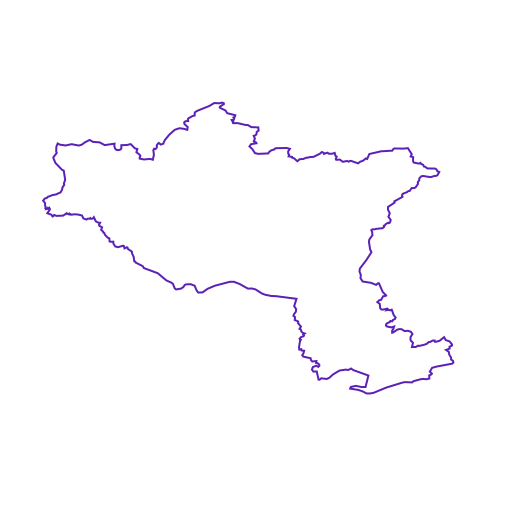 the district of Amparafaravola, Alaotra-Mangoro, Madagascar, rotated 78°
{"feature_id": "10022922B80147144228565", "entity_name": "Amparafaravola", "entity_type": "district", "adm_level": 2, "iso_a3": "MDG", "parent_name": "Madagascar", "parent_adm1": "Alaotra-Mangoro", "projection": "equal_earth", "projection_center": [48.36, -17.461], "detail": "fine", "context": "isolated", "style": "outline", "palette": "violet", "viewbox_px": 512, "rotation_deg": 78, "n_neighbors": 0, "source": "geoboundaries", "source_scale": "gbopen_adm2", "svg_char_len": 6103}
<svg xmlns="http://www.w3.org/2000/svg" viewBox="0 0 512 512"><g transform="rotate(78 256 256)"><path d="M374.5,88.9L377.1,94.1L377.3,97.9L377.0,98.9L375.8,98.8L375.4,100.7L376.3,103.7L376.1,105.0L377.4,107.1L377.8,110.0L377.9,115.0L377.4,116.1L378.2,118.6L377.5,122.4L373.5,120.5L370.8,122.2L369.5,122.2L367.3,121.6L364.9,119.2L362.4,120.2L360.7,123.0L360.4,126.2L357.9,128.8L357.3,130.8L357.4,133.2L359.4,138.0L359.3,138.8L357.4,138.4L356.0,136.9L353.7,135.6L354.0,138.4L352.1,142.7L351.1,143.3L350.0,143.0L349.0,141.7L348.4,138.8L347.5,138.1L348.2,136.4L347.0,135.2L346.5,133.2L345.3,132.2L342.4,133.6L336.7,134.4L337.1,136.0L336.3,137.4L336.2,139.1L335.5,138.0L334.8,138.4L334.8,143.5L334.2,144.6L332.8,145.4L328.6,144.9L326.3,146.9L324.9,144.6L325.0,142.9L321.8,140.0L322.0,137.3L321.6,136.9L317.6,139.5L308.3,141.4L308.0,142.2L309.2,144.5L306.1,149.2L303.1,157.0L299.4,158.4L296.3,157.4L292.7,158.0L289.9,157.0L283.0,149.0L276.3,142.3L273.3,143.0L265.7,142.6L263.4,141.7L259.9,137.8L256.9,137.4L254.6,137.8L254.1,136.5L254.6,134.8L254.4,133.3L255.1,126.4L254.2,124.7L253.0,124.6L253.1,123.9L251.9,122.7L250.9,119.8L251.5,119.3L251.3,118.3L249.5,117.0L248.5,116.8L245.1,118.3L242.1,116.3L237.9,117.3L235.4,116.6L232.6,109.4L231.3,109.3L228.6,100.4L226.9,100.6L225.7,99.6L224.9,94.9L224.2,93.6L224.3,92.1L221.9,89.6L222.5,87.0L222.0,85.6L219.1,82.5L217.4,82.4L215.9,80.6L214.0,80.1L212.4,77.7L212.4,76.1L215.2,68.8L214.8,64.7L215.1,63.0L214.6,61.6L211.9,59.3L210.8,60.9L208.8,61.5L207.7,62.7L206.0,70.1L203.8,72.1L203.4,73.1L201.5,73.6L200.1,75.5L199.1,75.8L199.5,77.5L197.3,82.4L195.2,82.6L192.0,81.7L190.8,84.0L188.8,82.5L182.1,85.0L181.6,89.6L179.6,98.2L179.9,99.4L181.3,100.8L179.6,111.9L179.8,123.9L184.2,127.1L183.4,128.2L185.0,131.4L185.5,134.7L186.6,136.9L182.8,143.1L182.5,144.3L183.0,145.7L182.0,147.2L181.9,151.5L179.1,154.0L178.6,157.5L177.6,157.8L175.6,156.4L174.4,157.5L171.5,157.6L171.8,160.4L171.1,163.5L169.8,164.6L170.2,168.1L169.5,167.9L168.0,170.0L169.3,172.4L171.0,179.1L170.4,183.2L170.6,184.8L170.3,186.0L170.9,189.7L170.4,193.0L171.9,195.9L168.4,198.4L167.2,200.3L166.5,200.2L165.3,203.4L163.7,202.5L162.5,203.2L160.4,202.8L158.2,200.6L156.7,203.7L154.7,214.1L155.0,215.5L155.6,215.9L155.8,219.0L156.9,221.4L158.2,222.7L156.6,232.4L155.2,235.6L150.6,237.4L147.5,239.6L145.6,237.6L145.8,232.1L145.1,232.2L143.4,234.3L141.0,232.7L138.0,233.2L137.8,231.4L137.1,230.3L134.8,229.5L133.9,227.4L130.7,227.0L128.9,233.9L126.3,236.6L125.5,239.4L122.2,246.3L121.3,250.8L120.8,251.0L119.2,250.1L118.6,251.4L117.9,251.5L118.0,250.1L117.6,249.1L117.0,248.7L115.8,249.2L115.4,247.7L114.0,247.0L110.3,254.5L107.3,255.6L103.6,260.4L102.9,260.6L102.3,260.0L100.7,255.8L99.9,255.7L98.9,257.3L99.0,260.1L97.7,265.1L99.5,270.3L101.7,282.8L102.5,285.4L103.0,286.1L105.8,286.8L106.0,289.4L107.3,293.5L108.1,294.2L109.9,294.3L109.5,297.0L110.4,298.5L112.1,298.5L115.7,296.0L118.3,297.0L116.6,300.1L115.1,304.4L115.7,309.3L119.3,315.6L123.7,321.1L126.9,323.4L127.2,326.0L125.2,327.6L126.2,329.2L127.1,330.1L129.0,330.3L130.2,331.5L130.5,332.5L129.9,333.4L131.1,334.4L135.7,334.8L140.4,336.9L139.0,339.4L138.3,345.4L136.6,349.5L135.6,349.4L134.1,348.3L132.7,348.8L129.6,351.4L126.7,349.8L125.5,352.1L120.5,355.3L120.6,359.2L119.6,364.7L122.9,365.4L123.8,366.8L123.8,368.8L123.1,370.6L121.3,371.6L118.8,371.7L116.7,371.0L116.1,380.9L112.3,385.4L110.5,391.7L107.9,394.6L109.3,399.9L110.9,403.3L111.1,406.4L108.3,413.1L108.3,419.2L106.3,424.7L104.7,426.6L107.7,428.6L112.2,429.7L113.8,429.5L117.3,433.7L118.3,433.8L123.4,432.8L131.2,427.9L132.6,426.3L141.8,426.8L145.0,428.8L146.6,428.8L148.6,431.0L150.8,431.9L153.1,433.9L154.2,438.7L154.1,442.4L154.9,447.4L155.7,448.5L155.9,450.7L157.6,452.7L160.4,451.3L162.8,451.8L164.1,451.5L165.3,452.1L165.9,451.1L166.5,451.5L166.5,450.1L165.8,449.6L166.5,449.0L165.9,448.2L167.4,447.8L170.8,451.2L173.1,447.5L175.0,446.8L175.0,446.1L173.9,444.9L175.3,442.8L176.4,436.3L175.0,432.8L175.4,432.9L175.2,432.1L176.3,430.6L175.7,429.8L176.8,429.2L176.5,428.7L177.2,428.0L177.5,424.6L178.6,421.1L180.2,417.8L183.4,417.0L185.1,414.3L184.5,412.6L185.0,410.8L184.5,410.1L185.3,409.6L185.5,407.9L184.3,406.5L188.8,405.5L190.5,403.4L191.1,401.6L193.1,403.2L194.1,402.8L195.9,400.6L198.2,402.0L200.5,400.4L201.3,400.5L202.0,399.6L203.9,399.3L207.3,397.2L208.2,395.8L211.3,396.2L211.9,395.1L212.3,392.6L214.3,392.9L217.4,391.7L218.7,389.2L218.3,384.0L218.7,383.2L221.2,383.0L220.6,380.5L221.1,379.9L222.4,379.9L225.9,376.5L227.7,376.7L231.6,375.8L235.8,376.2L236.5,375.2L237.4,375.1L241.7,369.7L242.9,368.6L244.4,368.3L252.4,355.7L261.3,348.7L264.3,344.5L265.9,343.1L270.8,342.2L272.1,341.1L272.3,336.1L271.3,333.5L269.5,331.7L269.2,330.2L270.0,325.8L272.3,322.2L277.1,321.3L279.7,320.2L280.5,315.9L278.0,310.1L276.5,302.3L275.8,287.1L276.6,283.0L280.0,277.8L286.2,270.7L287.0,266.6L288.6,263.4L293.9,258.0L295.8,255.1L298.3,249.3L299.5,244.6L306.3,225.3L313.0,229.1L316.2,227.8L318.8,228.6L320.9,231.0L322.4,231.8L323.9,230.5L326.7,231.4L328.6,228.6L329.3,228.3L330.4,228.9L334.4,226.7L336.3,228.6L337.3,227.4L339.4,227.3L340.7,226.4L341.9,224.5L342.6,226.1L343.8,225.6L344.4,226.2L344.7,228.9L346.0,230.6L346.8,230.5L347.3,229.6L348.5,230.7L354.8,233.1L356.7,233.0L356.5,231.1L357.9,231.0L358.7,228.6L361.5,230.1L362.7,231.4L364.2,230.7L367.4,223.8L369.1,223.9L370.9,222.9L371.3,218.8L373.0,219.5L373.4,218.3L375.3,216.7L376.6,216.9L377.4,218.2L375.8,219.9L376.5,223.5L378.7,224.9L381.0,223.9L381.6,220.6L390.0,220.5L390.2,219.5L389.2,217.6L391.0,212.3L390.3,209.4L387.9,205.4L385.4,198.1L385.8,191.8L386.7,189.3L385.8,186.5L387.8,184.6L396.3,170.9L406.9,176.1L406.1,180.1L403.8,185.2L403.8,190.4L405.3,191.5L408.2,183.9L410.7,179.7L413.4,176.5L414.1,173.6L414.3,169.5L411.8,156.0L410.3,139.5L410.3,136.6L412.1,129.6L411.2,128.0L410.8,121.1L410.9,118.5L412.0,114.8L411.9,111.9L408.8,111.4L408.3,109.1L407.6,108.4L405.3,110.0L402.0,107.0L401.7,102.5L402.1,86.5L401.3,85.1L399.5,85.1L397.8,86.7L395.9,86.3L392.5,87.5L389.9,87.3L387.4,89.6L386.9,85.9L385.0,85.6L384.3,82.9L383.2,82.7L379.8,84.4L377.7,87.9L374.5,88.9Z" fill="none" stroke="#5b21b6" stroke-width="2"/></g></svg>